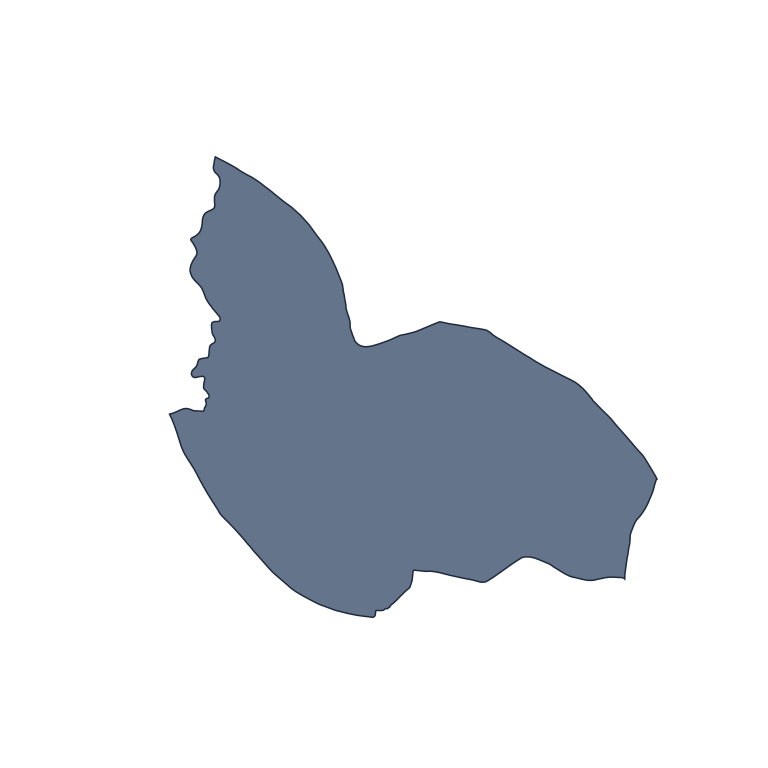 the district of Cho Moi, An Giang, Vietnam, rotated 156°
{"feature_id": "81297802B9073555262789", "entity_name": "Cho Moi", "entity_type": "district", "adm_level": 2, "iso_a3": "VNM", "parent_name": "Vietnam", "parent_adm1": "An Giang", "projection": "equal_earth", "projection_center": [105.483, 10.456], "detail": "fine", "context": "isolated", "style": "filled", "palette": "slate", "viewbox_px": 768, "rotation_deg": 156, "n_neighbors": 0, "source": "geoboundaries", "source_scale": "gbopen_adm2", "svg_char_len": 6159}
<svg xmlns="http://www.w3.org/2000/svg" viewBox="0 0 768 768"><g transform="rotate(156 384 384)"><path d="M203.9,298.4L205.9,303.0L208.8,308.1L213.2,313.7L217.8,319.2L223.8,326.7L230.0,334.3L233.3,338.8L236.2,342.7L240.3,349.0L243.8,353.8L251.6,365.6L254.5,369.9L256.5,372.9L260.5,378.5L261.8,380.2L264.0,383.7L264.7,384.9L265.9,387.6L267.0,389.4L267.9,390.7L268.7,391.6L270.3,392.9L274.3,395.6L283.0,401.2L286.4,403.7L294.1,408.8L300.2,412.7L304.4,415.8L307.6,418.1L310.0,418.3L316.3,418.5L325.6,418.7L333.2,418.9L337.0,419.4L342.9,420.4L347.3,421.4L350.0,421.9L354.7,421.9L360.9,421.8L371.8,422.6L380.2,423.7L383.3,424.7L385.6,425.4L388.7,427.4L390.8,429.5L392.0,431.7L392.7,433.4L393.1,435.3L393.1,437.0L392.8,438.8L392.9,440.1L392.2,448.1L391.6,450.1L390.4,453.1L389.9,454.2L389.6,455.4L389.0,459.0L388.5,464.5L388.3,466.4L387.7,469.0L386.6,472.0L385.5,476.8L384.2,481.4L383.6,484.6L382.6,487.9L382.0,490.2L381.6,491.3L381.4,493.1L381.2,495.5L381.1,498.9L380.9,504.9L380.7,508.7L380.8,517.5L381.0,522.4L381.2,526.2L382.1,534.4L382.9,538.7L384.0,543.2L385.3,548.5L385.9,551.6L387.7,560.0L391.5,571.8L396.7,583.4L400.9,590.6L403.2,595.0L410.6,609.6L412.0,611.9L415.6,618.7L417.0,621.1L418.5,623.3L420.4,626.3L424.6,631.6L428.4,636.9L430.9,640.9L433.2,644.2L439.9,652.9L442.1,655.5L445.7,660.1L447.6,657.7L449.7,654.5L451.1,652.5L451.8,651.2L452.3,649.8L452.4,648.4L452.4,646.9L452.0,645.4L451.2,643.6L450.6,641.6L450.4,639.6L450.6,637.9L451.2,636.2L452.2,633.9L453.2,632.2L454.5,630.4L456.2,628.9L460.4,626.5L461.8,625.2L462.9,623.6L464.2,620.7L465.2,618.1L465.9,616.0L466.5,614.9L467.3,614.2L468.7,613.5L470.0,613.3L471.1,613.2L474.4,613.2L476.0,613.1L477.9,612.7L478.8,612.2L479.6,611.8L480.9,610.6L481.9,609.5L483.0,608.0L485.0,604.2L486.2,602.3L487.5,600.7L489.0,599.0L490.6,597.8L491.9,597.1L494.1,596.3L495.8,595.9L497.5,595.7L498.9,595.7L500.7,595.4L501.5,594.9L501.9,594.4L501.8,593.6L501.2,590.5L500.8,586.5L500.7,584.9L500.8,583.4L500.9,582.1L501.2,580.7L501.6,579.8L502.1,578.8L502.4,578.4L503.2,577.8L506.6,575.6L509.1,573.8L511.6,571.6L513.0,569.9L514.1,568.3L514.6,567.4L515.1,566.5L515.4,565.4L515.7,563.3L515.8,560.3L515.6,559.1L515.4,557.9L515.0,556.4L514.0,553.4L513.0,551.0L512.1,548.3L511.7,546.5L511.5,545.3L511.5,544.2L511.5,542.0L511.6,540.0L511.9,534.9L511.8,533.4L511.4,529.9L511.0,527.9L510.4,525.6L509.9,523.1L509.3,520.7L508.3,517.5L507.0,512.5L506.9,511.8L506.9,510.9L507.0,510.3L507.3,509.9L507.8,509.3L508.4,508.7L508.8,508.5L509.3,508.4L509.8,508.5L511.1,509.0L512.3,509.6L513.8,510.0L515.6,510.1L516.1,510.0L516.6,509.5L517.0,509.0L517.7,507.9L518.1,506.9L518.9,504.8L520.3,500.0L520.3,499.3L520.3,498.5L520.0,496.1L519.9,494.9L519.9,494.1L520.0,493.5L520.3,492.8L521.1,491.6L521.4,491.2L521.8,490.9L522.3,490.8L524.6,490.6L526.1,490.3L526.8,489.9L527.6,489.4L528.2,488.8L529.0,487.5L530.3,485.3L531.3,483.3L532.1,481.9L532.6,481.2L533.1,480.5L533.6,480.2L534.4,480.0L535.3,480.1L536.1,480.2L539.6,481.3L542.6,481.7L543.1,481.6L543.5,481.4L544.2,480.8L546.6,477.9L547.5,477.0L548.5,476.3L549.5,475.9L550.4,475.5L551.8,475.1L553.3,474.4L554.1,473.9L554.6,473.3L555.4,472.3L555.9,471.6L556.0,470.8L556.0,470.2L556.0,469.5L555.7,468.5L555.2,467.7L554.8,467.3L554.1,466.8L553.6,466.6L552.7,466.4L550.9,466.1L548.9,465.6L546.9,464.9L546.1,464.5L545.6,464.0L545.5,463.6L545.4,463.1L545.4,462.6L545.5,462.0L545.7,461.5L546.2,460.7L548.2,458.0L548.9,456.7L549.8,455.1L550.3,454.1L550.4,453.0L550.3,452.4L549.5,450.3L549.1,449.2L548.8,447.7L548.6,446.6L548.5,445.5L548.5,445.0L548.6,444.3L548.9,443.7L549.2,443.2L549.5,442.9L549.8,442.8L550.3,442.7L552.3,442.9L552.7,442.8L553.0,442.6L553.5,442.2L553.7,441.7L553.9,441.2L554.0,439.7L554.1,439.1L554.4,438.3L554.8,437.6L555.2,437.1L556.8,435.7L557.7,435.2L558.4,434.2L559.5,432.7L560.5,432.8L563.9,434.5L568.6,436.9L569.2,437.3L570.2,438.6L571.5,439.8L573.5,441.4L574.7,442.1L576.3,442.6L578.0,443.0L581.6,443.1L587.8,443.1L592.2,443.7L592.2,441.7L592.0,438.6L592.2,434.5L592.3,431.7L593.0,423.4L594.6,409.3L594.7,405.7L594.7,403.3L594.5,400.5L593.7,394.3L593.1,390.8L592.5,386.7L592.1,383.7L591.8,380.4L591.6,377.9L591.3,372.1L590.5,362.6L589.6,354.5L588.7,348.3L587.9,342.9L587.3,339.0L586.9,336.3L586.8,334.2L586.4,331.9L585.9,329.9L585.0,327.5L584.3,325.4L582.2,320.2L579.3,312.1L576.1,302.2L574.1,295.1L572.0,288.4L570.8,283.7L569.8,280.9L568.6,277.0L566.6,270.7L564.5,263.8L562.8,258.9L561.5,255.6L557.5,247.1L554.1,239.9L551.9,235.0L548.9,230.0L543.8,222.8L539.1,216.8L534.7,211.3L532.4,208.6L528.0,204.4L521.6,198.1L519.0,195.8L509.3,188.3L502.3,183.4L495.8,179.4L489.2,175.5L488.6,175.4L487.7,175.4L486.9,175.7L486.3,176.2L485.8,176.8L485.1,177.8L484.3,179.3L483.8,180.0L483.4,180.3L483.2,180.3L480.8,179.1L478.0,177.9L476.4,177.6L475.9,177.7L475.2,177.9L474.5,178.1L474.2,178.1L473.7,178.0L473.3,177.9L473.0,177.7L472.6,177.5L472.2,177.3L470.9,177.9L470.7,177.9L470.4,177.7L470.1,177.7L469.5,178.0L469.0,178.2L467.3,179.4L465.6,179.7L463.0,180.5L460.2,181.5L456.6,183.0L448.6,186.0L444.6,187.1L443.1,187.7L440.1,191.0L438.4,192.9L436.0,196.9L433.9,200.6L433.2,201.5L432.9,201.7L432.5,201.7L431.2,201.1L422.0,195.8L418.6,194.5L415.4,192.8L410.5,189.5L401.5,182.4L391.6,175.1L382.7,168.9L376.5,163.8L374.9,163.0L372.9,162.2L371.4,161.9L368.3,162.2L362.7,163.0L337.6,168.0L329.7,169.2L328.0,169.3L325.9,168.8L323.8,168.0L320.7,166.4L317.1,163.7L313.4,160.0L306.3,152.5L304.9,150.5L303.5,148.0L296.3,137.5L292.7,133.1L290.5,131.1L287.2,128.8L283.1,125.5L278.3,122.1L275.5,120.7L272.8,119.6L262.0,117.4L257.6,116.2L253.5,114.5L245.1,110.2L244.3,109.5L243.8,108.8L243.4,107.9L241.6,111.7L239.9,114.6L237.1,119.1L232.7,126.1L230.9,128.6L226.7,135.2L225.0,137.4L223.3,140.2L221.0,144.9L219.7,146.9L217.5,149.2L214.0,152.7L210.6,155.7L208.5,157.1L203.8,159.2L201.3,160.6L198.2,162.5L194.9,164.8L192.7,166.6L190.1,168.9L184.2,174.4L181.7,176.9L177.4,182.3L174.9,185.1L173.8,186.2L173.5,186.3L173.3,186.2L173.4,189.0L174.5,199.2L176.2,211.4L176.6,213.6L178.5,219.0L180.3,224.8L182.0,230.8L184.6,239.3L187.3,247.7L188.7,252.2L190.6,259.2L192.3,264.0L196.0,273.3L198.4,280.1L199.9,283.7L200.1,285.6L202.4,293.9L203.9,298.4Z" fill="#64748b" stroke="#1e293b" stroke-width="1.5"/></g></svg>